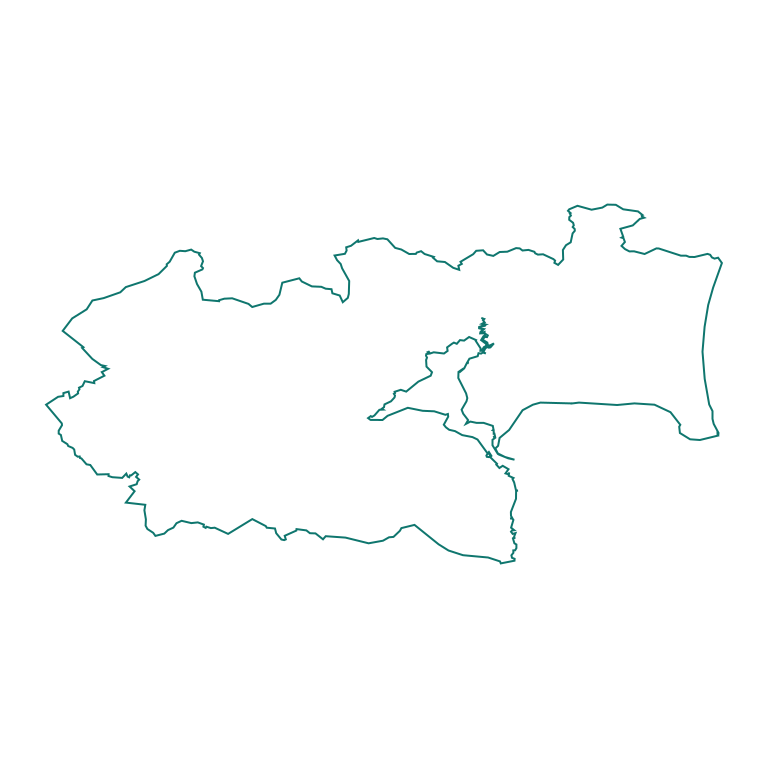 Wexford Lea-7, Wexford, Ireland
{"feature_id": "5873133B47724630895547", "entity_name": "Wexford Lea-7", "entity_type": "district", "adm_level": 2, "iso_a3": "IRL", "parent_name": "Ireland", "parent_adm1": "Wexford", "projection": "natural_earth1", "projection_center": [-6.494, 52.363], "detail": "fine", "context": "isolated", "style": "outline", "palette": "teal", "viewbox_px": 768, "rotation_deg": 0, "n_neighbors": 0, "source": "geoboundaries", "source_scale": "gbopen_adm2", "svg_char_len": 6087}
<svg xmlns="http://www.w3.org/2000/svg" viewBox="0 0 768 768"><path d="M282.3,282.7L279.4,294.8L275.8,299.9L270.6,303.7L263.8,303.7L252.2,307.0L248.5,303.9L232.2,298.3L224.3,298.7L219.1,300.2L219.1,301.2L202.8,299.7L201.4,291.7L197.0,284.0L194.4,276.3L194.9,272.7L202.4,269.4L203.0,268.1L201.1,266.1L203.0,261.3L201.9,258.0L199.0,254.6L199.8,253.2L194.3,251.7L191.2,249.6L185.3,251.2L179.8,250.8L174.8,252.7L169.7,261.7L166.7,264.3L166.9,265.9L158.6,274.1L144.5,281.0L125.8,287.1L120.3,292.3L103.7,298.1L92.4,300.5L86.7,309.3L72.2,318.4L62.7,330.9L83.4,347.2L82.1,347.9L92.3,358.9L100.9,365.1L105.0,366.0L102.9,367.1L108.1,368.8L101.8,372.1L104.4,375.7L94.0,381.0L94.3,383.1L84.8,381.2L82.5,386.0L79.0,387.7L79.5,389.2L77.8,391.7L78.1,393.4L73.4,396.7L70.1,398.2L68.6,391.6L63.4,393.1L63.4,396.0L58.1,396.8L46.1,404.7L61.8,423.4L62.0,425.2L58.7,430.7L58.7,433.6L60.9,435.0L62.2,440.9L67.4,444.2L68.2,446.0L72.6,447.9L74.2,449.5L75.1,454.8L77.7,456.7L79.7,456.5L80.0,458.0L81.4,458.4L86.5,464.3L90.3,465.0L97.2,474.5L108.6,474.2L108.5,476.0L112.3,477.2L122.2,477.9L126.3,473.6L127.6,476.6L129.2,477.3L130.0,475.3L131.2,475.4L135.3,472.1L138.0,474.4L136.1,476.9L139.2,479.6L137.6,481.2L136.7,484.2L129.6,486.5L134.6,491.2L125.9,502.6L145.3,504.8L144.4,510.3L145.9,519.4L145.6,525.7L147.4,529.0L153.2,532.8L155.4,535.9L164.3,533.6L168.0,530.1L173.4,527.6L176.5,523.2L181.6,520.8L191.3,523.1L197.8,522.4L203.9,524.6L203.4,526.7L205.7,527.9L206.4,526.7L210.9,528.1L214.7,527.7L228.1,533.9L252.3,519.1L265.8,526.1L266.7,527.7L275.0,528.5L276.2,533.2L281.4,539.5L284.2,540.1L285.8,539.4L284.7,535.8L296.3,530.6L296.5,529.1L306.4,530.4L309.9,533.2L315.5,533.4L323.0,539.3L325.7,536.2L345.5,537.6L368.6,543.3L383.0,540.7L389.0,537.3L393.5,536.9L399.9,530.8L401.4,528.1L414.5,524.9L438.6,544.3L448.5,550.5L463.0,555.2L488.1,557.5L500.0,561.4L500.8,563.4L514.5,560.7L514.6,558.8L512.0,557.8L511.4,555.3L513.4,552.8L513.3,550.4L515.1,550.3L516.4,548.1L516.4,544.5L514.4,543.3L512.9,538.3L513.9,537.4L514.7,538.8L514.2,536.4L515.5,533.1L512.7,533.9L511.0,531.7L512.1,530.4L514.2,530.2L511.1,527.7L513.4,519.9L512.1,518.5L510.1,518.5L512.3,518.1L511.0,515.8L510.9,512.0L516.0,498.8L516.1,491.2L517.8,490.5L516.0,490.3L514.0,481.8L514.6,481.6L513.7,481.6L512.5,479.0L513.5,478.0L508.7,475.8L509.2,472.4L508.7,474.4L505.5,473.4L508.5,469.2L502.7,465.8L499.4,468.0L496.3,464.6L497.0,463.8L490.2,457.1L491.4,455.9L488.9,452.0L488.3,452.7L490.6,456.0L489.0,457.1L486.8,456.8L486.4,455.5L487.6,453.8L487.0,452.6L477.5,439.5L472.5,437.1L462.2,435.1L455.0,431.1L449.2,429.8L445.9,427.3L443.8,424.7L448.2,416.7L447.9,414.0L445.4,414.8L434.2,411.3L422.7,410.8L407.8,407.8L387.6,415.8L382.5,420.0L370.5,419.9L368.1,418.1L370.8,416.1L372.0,416.9L374.4,415.5L379.4,409.8L383.1,409.6L381.8,408.8L384.0,407.2L384.5,404.4L391.0,401.3L394.5,397.5L395.0,395.6L393.9,393.8L395.0,393.1L394.6,391.8L400.8,389.8L406.2,391.6L418.4,381.6L430.7,375.7L432.0,372.2L426.5,366.6L426.1,360.0L427.0,357.6L426.0,355.7L426.3,354.1L428.7,353.7L427.6,352.2L428.8,351.7L430.1,353.5L433.7,352.3L444.0,353.5L447.6,350.9L447.1,347.4L452.1,343.7L453.9,342.6L456.8,343.8L460.0,340.1L464.1,340.6L469.1,337.0L476.1,340.1L475.7,340.8L480.6,348.4L480.4,350.8L481.7,350.8L483.8,347.2L486.0,346.0L486.3,344.0L481.1,340.1L483.5,336.2L485.9,334.7L484.0,333.3L480.2,333.3L480.4,332.1L483.1,329.3L479.1,328.3L479.1,327.0L485.4,324.6L481.8,323.9L484.5,322.3L482.9,320.1L484.0,318.9L481.3,317.9L484.3,319.0L483.2,320.3L484.7,322.5L482.1,323.8L485.8,324.6L484.9,325.8L479.5,327.0L480.0,328.4L484.0,329.1L480.9,331.9L480.8,333.2L484.6,331.9L484.6,333.3L487.8,335.4L487.0,337.1L484.9,336.9L482.5,339.6L487.3,342.6L487.9,345.2L489.1,345.4L488.5,346.2L493.9,343.4L490.4,347.4L489.0,347.4L489.6,348.1L487.7,347.0L485.5,348.1L483.3,352.1L485.8,353.5L482.9,352.5L481.1,353.6L478.5,353.2L477.7,356.2L469.4,358.7L467.3,362.4L468.6,363.2L466.9,363.0L464.2,368.4L459.3,372.5L463.8,368.3L458.5,371.9L458.3,378.0L466.1,393.4L467.3,398.1L466.5,401.3L461.6,409.7L463.2,413.7L468.1,420.1L465.9,423.9L470.4,421.6L476.7,422.9L483.7,422.9L492.8,425.9L493.5,429.5L492.8,430.2L493.7,430.4L493.7,433.7L494.4,433.6L495.0,436.2L493.2,437.3L495.1,436.8L495.3,437.7L492.5,439.8L492.5,445.3L497.8,453.9L499.0,454.6L508.1,458.3L514.5,459.7L505.0,457.0L497.8,453.4L495.3,448.5L498.1,445.8L499.6,437.9L509.1,430.0L522.6,410.2L532.9,404.7L540.4,402.6L571.3,403.4L571.4,402.5L571.6,403.5L579.0,402.6L617.1,405.0L634.4,403.4L654.5,404.7L670.5,412.2L680.3,424.8L679.2,426.7L679.9,433.0L690.1,439.3L699.9,440.0L717.6,435.7L717.5,432.8L718.4,434.1L718.5,432.9L713.7,423.9L712.5,418.9L712.5,411.1L709.2,404.5L704.7,378.9L702.5,351.7L704.6,326.8L708.2,305.0L713.1,287.7L721.9,263.0L718.1,257.7L714.5,258.6L711.9,257.4L710.2,254.8L707.5,253.9L694.6,257.0L689.3,256.9L686.2,255.7L681.0,255.7L658.8,248.5L656.4,248.4L644.6,254.0L634.0,251.3L629.4,251.4L625.0,249.1L621.5,245.9L624.9,242.0L623.5,238.2L621.6,237.6L623.2,236.7L620.4,228.8L632.8,225.4L639.8,218.9L644.2,217.7L641.9,216.4L641.7,215.3L642.5,215.0L638.0,211.4L623.2,209.3L615.8,204.8L607.3,204.6L602.3,207.6L591.6,209.7L577.5,205.8L569.2,209.3L568.0,210.8L570.5,213.0L569.8,213.4L570.9,215.6L569.3,217.1L569.2,219.8L573.1,222.8L573.8,225.3L572.7,227.0L574.7,229.0L574.8,230.8L572.6,233.4L570.7,242.3L566.0,245.2L562.9,250.0L563.2,259.5L558.1,264.9L554.4,262.8L555.1,260.6L553.4,259.1L543.1,254.3L537.9,254.6L535.2,253.3L534.4,251.8L528.5,249.9L522.5,250.5L519.7,248.4L516.1,248.1L507.3,251.7L499.7,252.0L493.3,255.9L487.0,254.5L483.1,250.3L476.2,250.8L473.2,254.2L460.5,261.8L461.8,263.9L458.4,265.7L459.2,269.8L453.2,267.8L444.9,262.0L437.1,261.3L433.0,257.7L433.8,256.9L424.6,254.0L421.1,251.2L416.7,252.6L415.9,253.9L409.2,254.0L401.3,249.5L395.2,247.9L387.4,239.3L383.0,238.4L377.4,239.0L374.2,238.0L358.3,241.9L358.0,240.4L351.0,245.8L346.2,247.3L346.6,250.6L344.9,253.8L334.6,255.5L337.1,260.2L340.7,264.0L342.1,268.3L349.2,281.0L348.8,294.0L347.8,297.9L342.8,302.2L339.7,295.5L332.4,293.3L331.5,289.2L325.7,288.7L321.3,286.8L311.9,286.4L301.8,281.5L299.3,278.3L282.3,282.7Z" fill="none" stroke="#0f766e" stroke-width="2"/></svg>